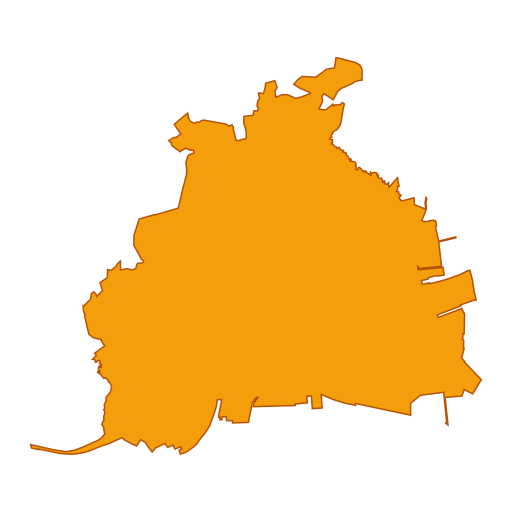 the district of Sigulda, Siguldas, Latvia
{"feature_id": "27541924B33898392287232", "entity_name": "Sigulda", "entity_type": "district", "adm_level": 2, "iso_a3": "LVA", "parent_name": "Latvia", "parent_adm1": "Siguldas", "projection": "mercator", "projection_center": [24.841, 57.161], "detail": "fine", "context": "isolated", "style": "filled", "palette": "amber", "viewbox_px": 512, "rotation_deg": 0, "n_neighbors": 0, "source": "geoboundaries", "source_scale": "gbopen_adm2", "svg_char_len": 6023}
<svg xmlns="http://www.w3.org/2000/svg" viewBox="0 0 512 512"><path d="M31.5,448.0L38.5,449.6L38.5,449.0L59.9,453.5L69.6,454.2L76.6,453.8L82.6,452.8L88.8,451.1L102.1,445.8L108.9,443.6L122.2,437.6L124.4,439.9L131.8,443.9L136.6,446.0L140.8,439.5L141.7,440.4L145.3,442.3L147.5,446.0L152.2,452.0L155.6,447.9L164.9,443.5L167.6,447.4L173.2,445.1L175.0,449.2L180.2,446.7L181.8,448.7L179.1,450.3L180.3,454.2L186.0,452.2L192.8,447.5L196.4,444.4L198.3,441.5L205.2,432.8L209.6,426.0L213.9,414.3L216.4,406.1L217.2,399.8L221.5,399.5L221.3,402.6L218.6,415.8L218.8,415.9L218.6,417.4L220.0,417.2L219.9,419.8L222.0,419.6L222.0,417.0L226.3,416.7L226.6,420.7L232.4,420.6L232.6,423.0L248.4,422.4L252.1,403.4L252.6,402.2L255.5,398.3L256.7,397.3L258.1,397.4L255.9,400.1L254.2,402.9L253.2,406.7L295.3,405.5L295.0,404.1L307.4,402.8L306.7,396.4L311.4,395.9L312.3,408.7L322.2,408.0L321.2,394.5L333.2,399.5L344.0,402.9L355.6,405.4L355.5,403.5L410.6,415.2L410.6,403.4L420.3,395.3L443.7,392.3L446.6,421.8L445.5,423.1L448.0,425.0L445.1,397.4L461.9,396.1L464.2,389.6L472.7,393.8L481.3,379.7L464.4,362.0L464.8,361.6L461.6,358.2L464.2,348.4L463.7,348.3L463.6,347.6L463.7,340.2L462.7,339.5L462.8,339.5L462.9,333.9L464.1,333.9L464.6,314.8L464.1,313.1L463.9,312.7L463.6,312.8L461.8,308.4L438.4,317.5L437.3,314.9L460.8,305.9L460.3,305.1L461.1,304.7L473.7,300.3L476.1,299.9L474.2,291.7L472.4,279.9L469.9,270.3L468.5,270.4L459.4,274.8L448.5,278.7L440.0,281.2L431.4,283.3L429.5,283.6L429.3,282.8L422.4,284.5L421.3,280.6L428.1,279.0L428.7,277.5L436.7,275.6L437.3,276.1L444.1,275.1L443.1,267.5L420.6,269.6L417.8,269.5L417.8,266.5L419.5,268.3L421.0,268.3L441.6,266.3L438.7,241.9L455.9,237.8L455.8,236.9L438.7,241.1L435.4,226.7L436.6,225.8L435.5,220.6L433.8,220.9L433.2,220.2L432.8,220.2L428.4,221.0L427.8,221.5L425.7,221.6L423.3,221.3L421.8,220.6L426.2,209.6L426.4,207.0L425.9,203.0L426.7,198.4L425.9,197.5L425.0,203.3L425.5,206.2L425.5,209.1L414.5,204.8L414.0,197.8L401.8,201.0L401.2,200.3L400.8,200.3L399.0,197.6L400.1,196.5L400.0,196.1L400.9,195.9L401.0,195.2L398.8,193.9L398.6,191.9L396.5,191.5L396.8,190.6L397.6,189.7L397.4,188.2L397.8,186.4L398.5,186.6L399.2,185.9L398.6,184.3L398.4,182.6L397.8,181.3L397.7,179.5L398.1,179.0L397.7,178.6L397.5,177.7L389.1,187.2L388.4,185.1L388.7,183.6L388.7,182.7L387.3,183.9L385.1,184.1L384.8,183.4L385.0,182.6L384.5,181.9L384.6,181.2L384.1,180.8L382.9,182.6L382.3,181.2L382.2,179.7L381.3,178.1L379.6,178.6L377.9,177.2L377.8,176.4L378.6,175.9L378.0,174.8L377.3,175.1L376.7,174.5L376.8,172.9L376.0,173.0L374.8,172.3L371.5,173.1L370.5,172.2L370.3,173.9L371.1,174.2L371.3,175.2L370.6,175.5L370.0,174.7L366.6,172.4L365.7,171.0L365.4,170.9L364.6,172.1L363.5,170.7L362.5,171.2L361.2,168.8L359.6,167.5L358.7,167.4L358.0,169.5L357.1,169.9L355.7,169.3L356.4,168.0L356.2,166.9L355.5,166.4L356.0,164.8L355.9,163.3L354.8,162.0L353.5,161.4L351.0,161.5L349.9,161.0L350.0,160.4L350.8,160.3L351.1,159.5L350.7,158.8L349.6,159.6L347.8,156.2L346.1,154.9L346.4,153.4L345.7,152.7L343.0,152.2L343.6,151.1L343.3,150.5L340.7,149.7L339.2,147.3L337.1,148.4L336.6,147.9L336.5,147.0L334.9,146.8L333.0,144.6L331.3,143.8L332.7,142.6L332.2,141.5L332.5,139.6L330.2,139.4L329.5,138.9L330.7,137.7L331.9,137.0L331.2,135.5L332.6,133.7L332.3,133.0L333.8,131.3L337.0,129.6L339.8,125.7L340.9,122.5L343.3,108.2L344.4,104.1L342.9,102.9L342.0,102.6L340.8,104.2L339.7,104.9L334.8,104.9L333.6,106.0L332.9,104.2L325.6,110.0L319.0,109.0L322.7,100.8L321.6,96.8L324.0,93.7L333.2,99.7L337.8,91.2L341.0,88.6L353.5,82.9L354.7,81.7L360.8,80.1L362.0,80.2L362.1,70.7L361.6,68.2L359.6,64.8L354.9,62.4L338.3,58.0L336.0,57.8L334.5,67.8L326.5,69.3L315.6,77.3L302.2,76.4L297.6,79.9L293.7,84.3L299.3,87.9L310.2,92.7L310.3,93.5L302.1,96.7L295.6,98.4L287.6,94.7L282.5,94.6L275.8,97.2L274.9,90.8L277.2,87.6L274.8,80.7L265.6,83.2L265.2,87.2L263.5,93.6L258.5,92.9L258.8,95.5L259.4,97.0L259.4,99.0L257.7,101.1L257.0,105.9L258.5,108.6L257.4,110.9L254.0,110.7L253.1,115.0L250.7,115.7L245.0,116.2L243.9,116.7L243.7,122.9L245.3,128.1L246.3,132.8L246.2,137.4L245.8,139.0L242.9,139.2L239.1,140.4L236.3,140.6L233.5,130.1L233.1,126.4L231.8,124.8L229.2,126.3L226.8,124.6L224.8,123.8L204.3,120.2L202.0,120.3L199.3,122.2L196.9,122.1L194.1,123.3L190.2,121.2L188.5,117.5L187.7,113.1L178.3,120.7L174.3,124.4L180.8,134.0L176.4,137.2L173.5,137.7L168.7,140.7L169.6,141.8L171.6,142.9L171.4,144.3L172.1,145.8L180.1,151.8L181.7,150.4L183.7,149.5L185.6,148.2L189.9,150.1L193.5,150.3L193.9,153.0L188.9,154.9L187.9,156.3L185.9,162.1L186.7,169.6L186.5,174.6L182.5,190.0L178.3,208.1L155.3,214.8L155.0,214.5L139.2,219.0L134.0,235.1L133.9,245.5L138.8,254.1L141.2,259.0L143.7,261.4L142.9,262.6L140.5,263.2L137.7,263.3L136.6,264.9L136.0,268.1L134.3,269.4L132.1,269.7L127.1,268.8L120.5,269.8L120.4,261.0L117.2,264.0L116.2,266.1L111.3,270.3L107.6,269.6L107.3,277.6L100.0,282.7L102.5,290.7L100.4,292.6L96.8,296.6L96.4,294.9L95.8,293.8L93.7,291.9L91.5,293.4L90.5,299.4L83.7,305.9L83.1,305.6L83.3,306.7L83.2,307.7L83.6,311.4L84.3,313.2L84.9,314.1L84.7,315.8L84.9,317.3L88.9,334.4L93.6,337.8L101.2,339.7L101.1,340.0L101.6,340.4L101.5,341.3L102.5,342.4L103.0,343.8L104.9,345.7L94.7,353.2L96.3,355.4L92.5,359.3L94.2,359.5L95.5,360.5L95.7,361.2L95.3,362.0L95.9,362.4L98.6,360.4L99.8,360.8L100.1,362.2L99.4,363.7L101.4,364.4L101.6,364.9L101.3,365.5L101.2,367.1L100.7,367.6L100.2,367.4L100.2,366.9L100.7,366.2L100.3,365.8L99.2,366.1L98.3,368.1L98.6,369.2L98.5,369.7L99.0,370.6L98.6,371.0L98.9,371.3L99.6,370.9L99.9,371.5L99.8,372.1L97.7,371.8L97.5,372.2L98.6,373.2L100.5,374.2L103.6,378.3L105.5,378.0L106.7,378.7L107.8,380.0L108.1,381.3L110.2,383.2L110.5,384.3L111.2,385.1L111.5,386.2L111.3,388.5L110.2,392.3L106.3,396.8L106.1,398.8L106.3,400.4L104.5,404.1L104.2,405.6L104.8,407.5L104.6,408.4L103.7,409.6L104.6,411.1L104.8,413.3L103.5,417.2L104.1,419.3L101.7,424.4L103.0,425.8L103.1,426.9L103.8,427.6L104.0,428.6L103.6,429.6L104.2,430.5L104.2,432.5L105.1,433.7L101.7,437.6L98.3,440.2L83.8,446.7L74.9,450.1L66.9,451.6L62.8,451.5L62.8,451.2L53.4,449.7L30.7,444.6L31.5,448.0Z" fill="#f59e0b" stroke="#b45309" stroke-width="1.5"/></svg>